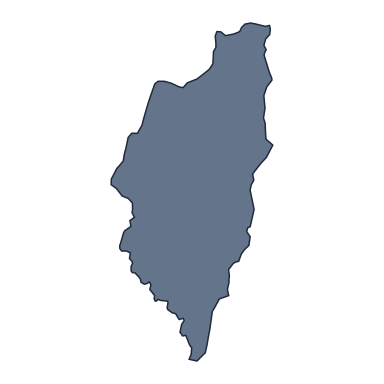 the district of Noun, Ouest, Cameroon
{"feature_id": "32672807B7266662414716", "entity_name": "Noun", "entity_type": "district", "adm_level": 2, "iso_a3": "CMR", "parent_name": "Cameroon", "parent_adm1": "Ouest", "projection": "equal_earth", "projection_center": [10.892, 5.601], "detail": "fine", "context": "isolated", "style": "filled", "palette": "slate", "viewbox_px": 384, "rotation_deg": 0, "n_neighbors": 0, "source": "geoboundaries", "source_scale": "gbopen_adm2", "svg_char_len": 2063}
<svg xmlns="http://www.w3.org/2000/svg" viewBox="0 0 384 384"><path d="M250.5,23.0L245.0,24.1L241.6,27.4L239.7,31.6L234.1,33.9L226.9,35.4L225.3,35.5L220.9,31.9L218.3,31.6L216.9,31.6L215.2,36.0L215.9,43.1L215.9,47.5L213.5,51.5L212.9,63.7L209.3,69.3L207.0,71.2L200.6,76.2L197.0,79.0L187.9,82.6L187.1,83.0L183.2,87.6L179.1,86.9L171.3,83.2L164.3,81.3L158.1,81.3L155.0,83.7L154.2,85.6L151.5,93.3L150.8,95.3L148.0,103.7L147.6,105.1L144.2,116.7L142.1,124.8L141.7,125.8L137.4,133.3L131.7,133.3L128.2,137.4L126.0,147.9L124.3,154.2L123.3,160.9L119.6,165.4L116.7,168.6L114.4,173.2L111.3,179.1L111.2,184.8L116.2,188.3L122.3,196.1L128.4,198.5L132.4,203.0L132.6,208.9L132.1,212.8L134.4,217.3L129.9,220.6L130.9,226.4L124.7,230.8L123.6,232.7L120.3,244.2L119.7,245.5L119.8,248.5L121.6,251.0L126.6,251.1L130.4,253.0L129.8,256.1L129.5,258.6L132.3,261.7L132.4,263.6L131.1,266.5L131.1,270.7L132.3,272.6L134.9,272.8L136.1,274.1L138.5,276.6L140.3,278.9L141.1,282.4L144.4,284.2L147.1,283.5L149.4,281.9L150.9,284.9L149.8,289.6L154.7,295.6L154.1,298.7L155.1,301.0L156.3,301.1L157.8,299.4L160.6,300.4L167.7,301.2L168.0,302.5L167.1,308.0L168.0,309.8L172.2,312.8L175.6,313.7L179.1,319.5L183.2,318.4L184.2,320.5L181.7,324.3L180.0,332.2L181.1,333.7L182.5,335.9L185.8,335.4L189.6,345.0L191.7,347.9L191.2,354.2L189.1,359.3L197.0,361.0L205.3,352.7L207.3,343.5L208.1,338.4L209.9,328.8L212.3,311.5L214.0,308.7L216.2,304.7L217.4,302.5L219.4,298.9L228.7,295.6L227.4,289.4L229.0,282.4L229.0,279.4L229.2,277.5L229.4,275.7L228.5,269.7L233.2,263.5L234.1,263.0L235.8,262.0L238.7,261.3L241.2,254.3L244.3,249.8L248.9,245.4L249.6,240.4L250.2,236.8L246.7,231.5L247.8,227.7L250.2,226.7L254.1,209.3L250.1,190.1L251.3,184.7L253.8,180.2L252.6,174.0L260.4,163.9L266.4,157.4L272.8,145.1L266.1,139.3L265.7,135.8L265.1,123.1L263.5,118.0L265.0,108.2L263.9,96.1L263.9,95.4L266.3,88.3L266.7,87.0L271.9,80.2L271.8,78.3L269.3,72.2L264.1,55.3L264.8,52.1L266.2,49.8L263.9,45.3L265.7,38.9L269.7,34.6L270.3,28.9L269.5,25.5L268.1,25.8L265.4,26.4L255.7,24.0L250.5,23.0Z" fill="#64748b" stroke="#1e293b" stroke-width="1.5"/></svg>